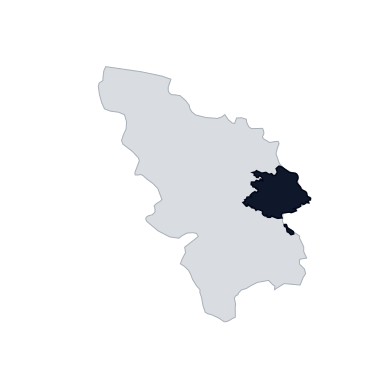 location of Limburg within Belgium, rotated 34°
{"feature_id": "BEL-3", "entity_name": "Limburg", "entity_type": "Province", "adm_level": 1, "iso_a3": "BEL", "parent_name": "Belgium", "parent_adm1": "", "projection": "robinson", "projection_center": [5.471, 50.993], "detail": "fine", "context": "in_parent", "style": "filled", "palette": "ink", "viewbox_px": 384, "rotation_deg": 34, "n_neighbors": 0, "source": "natural_earth", "source_scale": "10m", "svg_char_len": 3924}
<svg xmlns="http://www.w3.org/2000/svg" viewBox="0 0 384 384"><g transform="rotate(34 192 192)"><path d="M175.9,109.5L181.7,111.8L186.7,112.3L189.0,111.3L187.6,105.7L191.7,102.7L196.3,101.3L198.4,103.7L202.6,106.2L205.9,106.2L214.9,99.8L217.0,101.1L218.9,103.3L219.3,105.2L219.6,107.1L221.6,107.9L228.7,107.5L232.3,104.0L235.1,101.8L237.2,103.3L238.2,107.6L240.1,113.2L248.5,119.5L255.6,121.2L264.4,120.0L267.8,118.9L270.2,119.8L272.5,123.1L277.5,126.9L288.1,129.6L291.4,131.1L293.6,133.7L293.0,137.3L288.0,146.3L287.3,149.0L288.0,149.9L287.0,151.6L280.4,157.7L279.8,159.8L282.0,163.3L283.8,166.2L287.8,167.6L291.5,168.0L298.5,168.2L306.0,168.4L306.9,170.1L315.3,175.0L317.9,178.9L324.0,182.7L319.0,187.4L319.8,189.5L321.6,191.7L328.4,193.0L331.8,196.1L332.0,200.9L333.6,208.7L319.6,216.4L315.7,225.1L315.3,226.8L314.8,226.5L313.3,223.6L310.7,223.7L304.9,222.5L296.8,230.3L293.1,236.8L291.0,241.6L287.7,245.6L287.0,249.7L287.5,251.5L286.3,253.7L286.3,256.1L291.0,260.8L292.2,263.3L297.9,271.6L296.1,274.6L294.7,277.8L293.1,280.2L291.1,281.6L285.2,281.5L277.8,282.6L272.7,284.2L270.1,284.2L264.7,280.1L258.7,273.9L254.8,271.0L253.1,268.4L248.4,267.3L241.6,264.3L236.9,261.0L232.9,258.9L227.2,257.9L222.5,258.0L221.2,252.4L220.6,246.0L216.8,241.8L222.1,225.4L219.0,223.8L215.6,225.1L210.7,229.0L208.3,233.6L206.9,237.7L198.6,241.7L185.5,243.2L171.2,241.7L169.2,240.7L168.3,239.4L168.3,238.0L169.3,235.8L171.8,233.1L172.5,229.2L170.0,225.9L168.3,224.6L169.0,221.4L170.9,217.4L171.3,215.1L161.7,208.2L154.7,206.8L147.9,206.6L142.8,205.8L139.8,206.1L137.6,208.2L135.4,209.6L133.8,207.9L130.9,195.6L128.6,193.7L119.8,191.7L108.0,191.0L104.8,188.7L103.2,183.2L102.1,176.5L98.3,170.2L96.3,168.6L92.8,165.7L86.6,166.9L79.1,170.6L74.7,171.6L73.0,172.0L67.1,168.4L60.6,162.8L55.3,156.8L54.1,153.5L55.8,149.4L53.9,146.4L51.1,140.7L50.4,136.3L82.7,120.7L102.3,112.7L111.5,110.3L113.6,118.3L115.3,120.9L117.4,122.5L120.3,122.9L123.7,120.9L128.3,118.8L135.8,119.8L141.2,121.7L143.1,123.7L146.7,125.6L151.9,126.1L162.1,122.4L171.9,116.8L174.8,113.0L175.9,109.5Z" fill="#d9dde1" stroke="#a8b0b8" stroke-width="1"/><path d="M273.3,125.2L274.6,126.1L278.7,127.1L279.7,127.6L280.4,128.3L281.2,128.7L282.5,128.7L285.6,128.2L286.5,128.3L287.7,128.8L289.3,130.5L290.3,131.2L292.5,130.7L293.8,130.8L294.4,132.0L294.6,132.4L293.6,133.2L293.3,134.3L295.0,135.7L294.3,136.1L293.6,136.3L292.8,136.4L292.0,136.3L292.2,137.0L292.3,137.3L292.5,137.7L292.0,138.9L291.6,139.6L291.0,140.2L290.1,139.6L289.5,139.9L289.2,140.8L289.0,142.0L290.0,143.1L288.8,145.4L285.9,149.1L287.6,148.7L288.3,148.7L289.0,149.1L288.2,150.2L286.9,152.3L285.9,153.5L285.6,153.7L284.7,154.0L283.9,154.2L278.6,159.0L278.7,161.0L279.9,162.4L281.2,163.1L277.6,166.0L271.2,167.5L271.3,169.0L269.3,170.4L268.1,170.7L266.7,169.4L266.1,171.0L264.4,171.2L262.5,170.6L261.5,168.7L260.6,168.4L257.1,169.3L255.7,170.3L255.3,171.4L253.0,170.4L250.6,171.5L250.1,170.5L249.5,171.4L245.1,170.9L245.9,172.4L245.0,173.4L240.1,172.2L241.5,169.8L240.1,169.1L241.1,167.2L240.5,165.5L243.8,162.8L242.2,162.3L242.7,159.2L244.0,156.5L245.4,156.8L245.7,156.5L246.4,154.0L245.3,153.2L242.7,153.2L242.5,152.5L239.6,153.6L238.4,152.5L237.2,152.9L236.7,152.6L235.7,150.6L238.7,148.5L238.8,146.4L241.9,145.3L241.4,143.1L242.1,143.0L242.5,143.7L244.4,143.1L242.4,141.1L240.7,140.5L238.7,140.7L238.7,143.0L237.3,143.7L235.8,142.9L234.3,143.4L233.2,141.6L231.3,142.0L233.4,139.6L233.4,138.3L239.3,137.4L242.3,134.4L246.0,134.3L247.7,132.3L250.1,132.9L251.9,131.6L251.7,127.8L248.7,125.6L249.5,122.1L250.4,121.5L252.7,121.0L261.4,121.3L262.9,120.9L266.0,119.2L267.4,118.6L269.0,118.7L270.8,119.6L272.1,121.0L272.7,122.8L272.9,124.9L273.3,125.2ZM288.2,166.3L288.9,166.5L290.4,167.8L291.2,168.3L297.6,168.1L298.4,168.4L299.8,169.8L298.1,171.9L297.5,172.1L295.7,171.4L293.1,171.7L289.9,168.4L288.0,168.8L286.9,167.9L286.7,167.6L287.5,166.7L288.2,166.3Z" fill="#0f172a" stroke="#020617" stroke-width="1.5"/></g></svg>